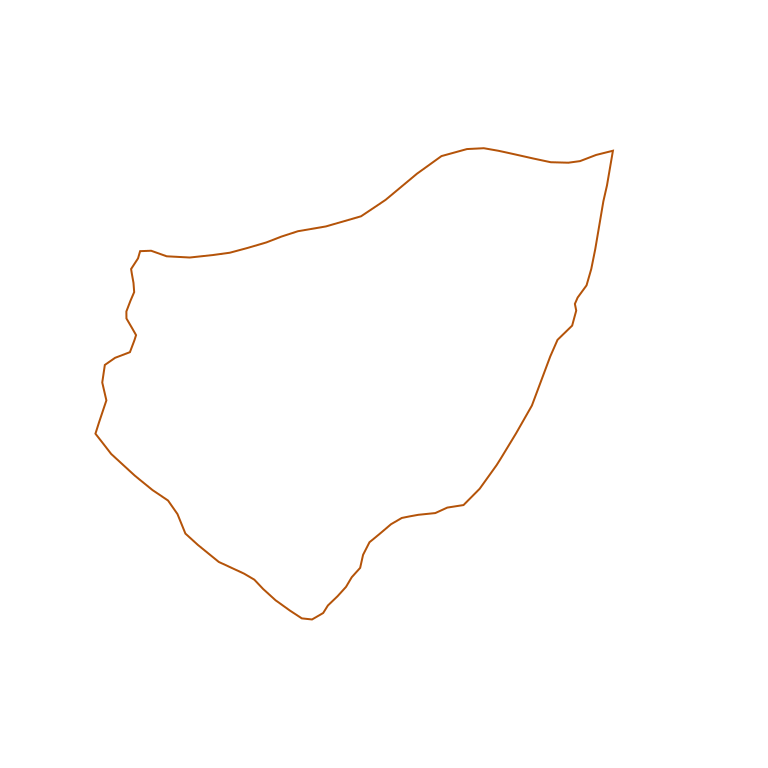 Dweh, Grand Kru, Liberia (Albers equal-area conic projection), rotated 162°
{"feature_id": "62588387B41100614633328", "entity_name": "Dweh", "entity_type": "district", "adm_level": 2, "iso_a3": "LBR", "parent_name": "Liberia", "parent_adm1": "Grand Kru", "projection": "albers", "projection_center": [-8.062, 5.074], "detail": "fine", "context": "isolated", "style": "outline", "palette": "amber", "viewbox_px": 768, "rotation_deg": 162, "n_neighbors": 0, "source": "geoboundaries", "source_scale": "gbopen_adm2", "svg_char_len": 1377}
<svg xmlns="http://www.w3.org/2000/svg" viewBox="0 0 768 768"><g transform="rotate(162 384 384)"><path d="M187.0,381.4L178.5,394.4L177.7,401.2L173.1,406.4L160.9,415.2L151.3,429.4L141.4,447.0L118.9,490.0L110.6,503.9L94.2,535.1L111.5,536.3L128.7,535.4L140.3,537.5L156.9,543.4L172.3,552.3L189.5,562.5L197.5,567.2L203.2,570.5L216.2,577.4L232.5,581.8L258.9,583.0L287.7,573.8L325.7,558.6L354.0,550.6L384.1,551.6L390.5,551.8L418.6,555.9L433.8,555.9L436.1,555.9L452.2,555.0L472.6,555.6L490.1,556.5L506.7,559.5L529.6,564.3L551.2,572.6L564.3,582.7L574.9,585.7L579.1,579.5L589.0,571.5L589.8,566.4L591.0,557.6L593.2,548.6L599.5,541.4L606.6,532.6L608.7,525.9L606.3,514.9L604.7,507.1L607.5,503.2L608.9,501.4L615.8,492.8L631.7,492.0L643.6,488.4L651.5,472.5L653.1,454.2L667.0,435.4L673.8,425.9L669.0,412.7L665.1,401.8L653.2,380.7L649.4,374.0L645.9,368.5L636.9,354.6L625.4,339.9L620.6,324.1L619.1,303.1L610.7,288.4L596.1,265.8L575.7,246.9L567.8,238.0L562.3,226.4L553.9,211.7L552.6,210.0L543.5,197.6L534.6,186.5L525.2,182.3L512.6,185.0L505.8,190.7L493.8,196.5L482.8,202.8L474.4,210.2L463.5,216.5L456.7,228.0L446.7,238.0L434.7,242.7L420.6,248.5L408.5,251.1L400.7,250.2L391.8,249.0L375.1,245.4L369.8,246.0L362.0,246.9L345.8,244.3L325.4,254.8L309.5,266.5L301.9,272.1L295.9,277.1L273.6,296.3L250.0,317.8L217.4,358.8L205.3,372.4L187.0,381.4Z" fill="none" stroke="#b45309" stroke-width="2"/></g></svg>